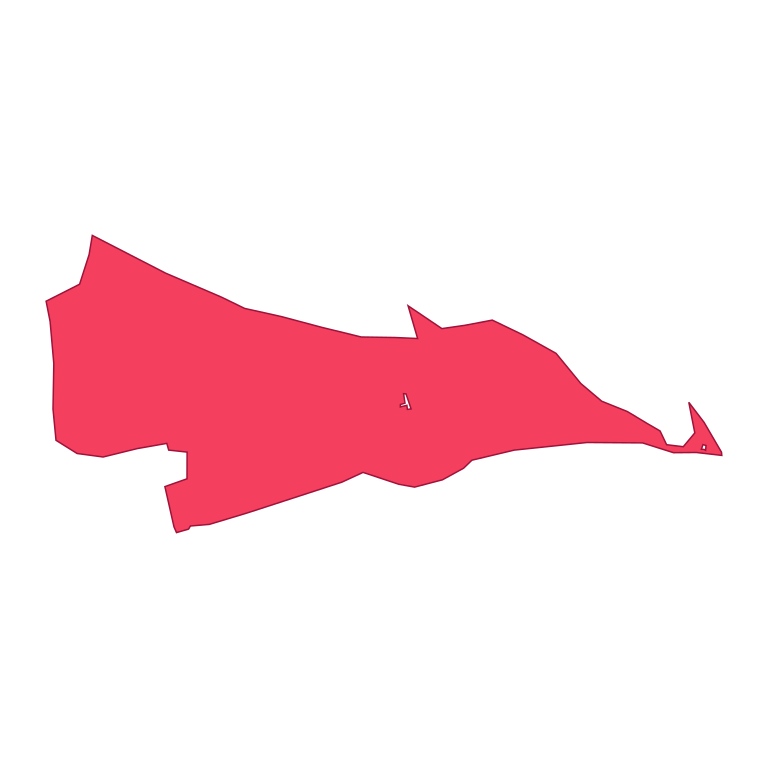 the district of Khavas, Sirdaryo, Uzbekistan
{"feature_id": "79887680B15135305398470", "entity_name": "Khavas", "entity_type": "district", "adm_level": 2, "iso_a3": "UZB", "parent_name": "Uzbekistan", "parent_adm1": "Sirdaryo", "projection": "equal_earth", "projection_center": [68.817, 40.265], "detail": "fine", "context": "isolated", "style": "filled", "palette": "rose", "viewbox_px": 768, "rotation_deg": 0, "n_neighbors": 0, "source": "geoboundaries", "source_scale": "gbopen_adm2", "svg_char_len": 1073}
<svg xmlns="http://www.w3.org/2000/svg" viewBox="0 0 768 768"><path d="M176.5,532.6L188.6,529.1L190.4,526.0L209.3,524.4L226.2,519.3L248.0,512.7L341.8,482.2L363.0,472.4L398.9,484.3L414.6,487.1L442.5,479.8L463.6,468.2L471.9,460.2L514.3,450.1L567.0,444.6L587.0,442.5L614.5,442.7L642.5,442.9L673.5,452.7L696.3,452.5L721.8,455.4L721.5,452.2L704.1,422.4L688.8,402.3L694.8,432.9L683.3,446.7L666.6,444.7L660.1,431.0L647.4,423.6L627.3,411.5L601.7,401.2L580.8,383.5L556.1,353.4L523.2,335.0L492.3,320.1L464.9,325.3L441.9,328.6L408.1,305.8L417.6,338.5L394.8,337.5L361.3,337.0L322.0,327.4L281.5,316.6L244.6,308.4L221.6,297.2L165.5,273.1L92.3,235.4L89.1,254.6L79.6,284.2L46.1,301.2L50.1,321.5L53.8,363.7L53.0,409.1L56.0,440.3L77.1,453.5L103.1,457.0L137.2,448.6L166.8,443.4L168.7,450.1L187.1,452.1L187.0,478.8L164.9,486.6L174.0,526.9L176.5,532.6ZM406.0,393.9L411.1,408.9L407.4,409.4L406.9,405.3L400.3,406.9L400.4,404.5L405.0,403.2L403.6,393.7L406.0,393.9ZM706.0,445.5L705.6,450.3L704.0,449.4L701.4,449.3L703.0,444.6L706.0,445.5Z" fill="#f43f5e" stroke="#9f1239" stroke-width="1.5"/></svg>